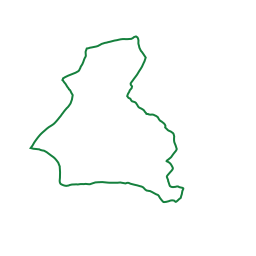 Mayo, Pattani, Thailand, rotated 301°
{"feature_id": "78962969B89271538016717", "entity_name": "Mayo", "entity_type": "district", "adm_level": 2, "iso_a3": "THA", "parent_name": "Thailand", "parent_adm1": "Pattani", "projection": "orthographic", "projection_center": [101.405, 6.689], "detail": "fine", "context": "isolated", "style": "outline", "palette": "green", "viewbox_px": 256, "rotation_deg": 301, "n_neighbors": 0, "source": "geoboundaries", "source_scale": "gbopen_adm2", "svg_char_len": 4378}
<svg xmlns="http://www.w3.org/2000/svg" viewBox="0 0 256 256"><g transform="rotate(301 128 128)"><path d="M174.9,51.7L171.8,52.3L171.0,52.7L169.0,54.1L168.1,54.7L167.1,54.9L165.7,54.9L164.2,55.1L161.4,55.7L159.1,56.0L158.4,56.0L156.3,55.9L154.9,56.2L153.3,56.3L152.3,56.4L151.2,56.2L148.4,54.6L142.1,49.8L139.2,47.9L137.1,46.8L136.9,47.0L136.7,47.0L136.4,47.0L136.0,47.0L135.8,47.0L135.7,47.0L135.4,47.1L135.2,47.2L135.2,47.4L135.2,47.6L135.2,47.8L135.1,48.1L134.9,48.5L134.5,49.3L134.1,50.4L133.9,51.0L133.8,51.4L133.7,51.6L133.1,52.8L132.5,53.9L131.9,55.1L131.8,55.4L131.7,55.7L131.6,55.9L131.5,56.2L131.4,56.5L131.2,56.9L131.1,57.0L130.8,57.4L130.8,57.5L130.7,57.6L130.6,58.8L130.4,59.2L129.7,60.2L129.3,60.9L128.8,61.6L128.6,62.0L128.2,62.8L127.9,63.4L127.8,63.5L127.6,63.7L125.3,64.6L123.5,65.3L121.4,65.7L119.4,66.1L116.3,65.9L114.9,65.7L113.5,65.3L111.2,64.9L109.0,64.6L107.6,64.5L106.1,64.3L103.4,64.1L101.6,63.8L100.0,63.6L97.4,63.2L94.9,62.7L93.1,62.2L91.5,61.5L90.9,61.2L89.9,60.7L88.0,59.7L85.7,58.8L82.5,57.8L81.6,57.5L80.7,57.2L78.7,56.6L77.0,56.2L74.6,55.8L73.1,55.6L71.1,55.4L68.9,55.2L67.1,55.1L63.8,55.2L60.7,54.9L61.5,57.6L62.6,59.9L63.5,61.9L64.0,62.9L64.1,64.2L64.6,66.0L65.3,67.7L65.4,70.8L65.2,72.7L64.9,75.7L64.6,79.3L64.2,81.2L63.5,83.3L62.4,86.0L61.0,87.8L59.9,89.3L59.5,89.5L57.2,91.1L55.0,92.6L50.1,95.4L49.2,95.8L48.4,96.2L47.4,96.7L46.3,97.6L45.7,98.4L45.4,99.1L45.4,100.1L45.6,101.8L45.9,103.1L46.1,103.7L46.6,104.9L47.6,106.1L48.1,106.7L49.2,107.5L50.7,109.1L52.2,111.4L53.1,112.7L53.7,114.0L55.5,116.2L57.2,119.1L58.3,120.5L59.3,122.7L59.8,123.7L60.3,124.4L62.9,126.6L63.2,126.9L64.5,128.0L66.1,130.3L68.4,133.8L71.1,139.5L72.4,141.7L73.6,143.8L75.9,147.5L77.3,149.4L77.9,151.0L79.0,153.9L79.2,154.4L80.4,155.4L81.0,156.2L81.3,157.0L81.5,158.8L82.7,162.8L83.6,165.5L84.3,168.2L84.8,169.8L84.9,171.1L84.9,171.7L84.1,174.5L84.0,176.1L84.7,178.0L85.3,179.4L85.5,181.6L85.6,184.5L85.7,186.5L85.9,187.4L86.0,188.2L85.7,189.3L84.5,191.4L83.6,193.7L83.1,195.2L82.8,196.5L83.3,197.4L84.4,198.8L86.2,200.6L87.6,201.7L88.7,203.0L89.5,204.8L89.3,206.4L89.2,206.7L89.7,207.3L91.0,207.8L93.2,208.4L95.3,209.2L96.8,208.7L99.0,208.2L100.8,207.5L102.2,207.0L103.2,206.9L104.1,206.8L104.7,206.5L104.8,206.0L104.7,205.3L104.0,203.3L103.7,202.4L103.7,201.2L103.4,200.5L102.8,199.7L102.6,199.5L102.1,199.1L100.5,197.0L100.0,195.9L99.8,194.8L99.9,193.7L100.6,192.8L101.4,191.9L102.7,190.4L103.2,189.7L104.0,189.2L104.5,188.6L105.1,187.7L105.7,187.0L105.8,186.8L106.2,186.4L106.9,186.2L108.1,186.3L108.7,186.4L112.7,187.1L113.5,187.3L115.4,187.5L116.4,187.3L117.1,186.7L118.2,184.9L119.1,183.2L119.5,181.7L119.6,180.7L119.6,180.0L119.4,178.7L119.5,178.1L120.1,178.1L122.3,179.0L124.6,179.8L125.3,180.0L126.9,180.1L127.1,180.1L129.4,180.3L131.6,180.6L132.8,180.8L133.9,180.8L134.0,180.8L134.7,180.7L135.1,180.6L135.8,179.8L137.4,178.0L138.2,177.0L138.6,176.4L139.8,174.9L140.9,174.0L142.5,173.0L143.6,172.4L144.3,172.1L144.6,171.9L145.7,170.8L146.5,169.9L146.8,169.1L146.9,167.8L147.0,166.4L146.7,164.5L146.7,163.2L147.1,161.8L147.5,160.0L147.7,159.5L148.4,159.3L149.1,159.0L149.9,157.9L150.3,156.9L150.5,156.1L150.7,154.3L150.9,153.1L150.7,152.5L150.9,151.4L151.4,150.1L152.2,148.7L152.6,148.1L152.8,146.0L152.6,144.4L152.5,143.1L152.1,142.0L151.7,141.3L151.2,140.8L150.8,139.9L150.4,139.0L150.3,137.8L149.8,137.2L149.6,136.4L150.0,135.9L150.1,135.7L150.6,134.0L151.3,132.7L151.5,131.2L151.5,129.4L151.3,127.8L151.3,126.5L151.8,125.3L152.4,124.3L152.9,123.3L153.3,122.4L153.6,121.8L153.7,120.7L153.4,119.2L153.0,117.9L153.1,117.2L153.5,116.2L154.3,114.9L154.1,112.9L154.9,110.9L155.3,110.8L157.3,110.4L159.8,110.4L161.2,110.1L164.0,110.6L165.8,110.0L166.5,108.1L167.6,107.3L169.5,107.4L171.0,107.6L172.6,107.7L174.5,107.9L176.3,108.1L178.4,108.3L180.6,108.3L182.7,108.3L185.2,108.4L187.7,108.4L190.4,108.1L192.1,107.9L193.6,107.8L195.3,107.4L197.5,106.9L198.4,105.0L199.4,102.9L200.3,100.9L200.8,99.3L202.7,96.4L204.1,95.1L205.6,93.5L207.1,92.6L208.4,91.9L209.7,90.7L210.5,89.5L210.6,87.7L209.0,86.3L207.5,85.8L206.1,84.9L205.2,83.6L204.2,82.2L203.1,80.5L202.5,79.3L201.6,77.8L200.3,76.1L198.8,74.5L197.7,73.4L195.9,71.3L192.8,68.3L191.3,66.7L190.3,65.8L188.9,64.2L187.6,63.1L186.5,62.1L185.2,61.4L184.7,61.1L183.4,60.3L182.8,60.0L181.4,58.7L180.4,57.6L179.2,56.3L178.3,55.3L177.2,54.0L176.0,53.0L174.9,51.7Z" fill="none" stroke="#15803d" stroke-width="2"/></g></svg>